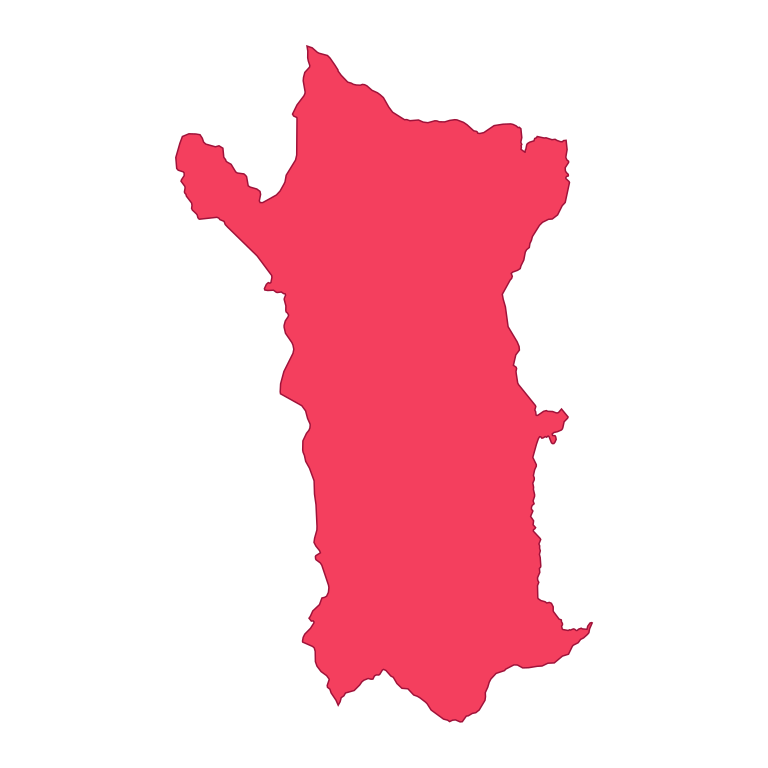 the district of Manatuto, Manatuto, East Timor
{"feature_id": "22284137B59851217666313", "entity_name": "Manatuto", "entity_type": "district", "adm_level": 2, "iso_a3": "TLS", "parent_name": "East Timor", "parent_adm1": "Manatuto", "projection": "robinson", "projection_center": [126.03, -8.608], "detail": "fine", "context": "isolated", "style": "filled", "palette": "rose", "viewbox_px": 768, "rotation_deg": 0, "n_neighbors": 0, "source": "geoboundaries", "source_scale": "gbopen_adm2", "svg_char_len": 6099}
<svg xmlns="http://www.w3.org/2000/svg" viewBox="0 0 768 768"><path d="M592.2,622.9L591.5,622.6L590.0,623.0L587.7,626.2L587.0,629.3L582.4,628.9L581.2,628.2L578.5,629.2L577.3,630.4L576.2,630.5L574.6,629.2L573.4,628.9L570.3,630.1L569.4,629.8L568.2,630.5L562.8,629.5L562.2,628.9L561.6,626.1L562.5,624.8L562.4,623.3L561.5,621.9L561.3,619.9L559.1,619.1L553.6,611.8L553.2,611.0L553.2,606.8L551.4,603.3L549.3,602.4L546.8,603.0L545.0,601.7L541.0,600.6L538.2,598.7L537.8,597.7L537.5,585.6L538.8,582.3L537.7,580.2L537.5,577.8L539.8,572.4L539.4,568.4L540.6,567.1L540.8,566.0L540.2,557.5L539.4,554.3L540.3,550.8L539.6,548.3L539.7,545.8L538.9,544.0L540.7,539.5L540.1,538.4L533.3,531.1L533.5,529.7L534.9,528.7L535.6,527.6L533.1,524.8L533.6,520.8L530.6,516.4L532.9,511.0L531.4,509.1L531.5,507.1L532.2,505.4L534.1,503.8L533.1,500.9L534.6,496.2L534.6,494.6L533.4,489.4L533.6,487.2L532.8,483.1L534.2,479.9L534.3,478.0L533.4,475.6L534.0,472.7L534.7,469.7L536.3,466.2L536.3,464.6L532.8,457.4L536.5,444.1L538.4,438.6L539.6,436.7L540.7,436.8L541.9,438.2L543.3,437.8L545.2,436.6L546.6,437.2L548.1,436.0L549.0,436.6L551.4,442.7L552.4,443.6L553.8,443.6L554.9,442.3L556.2,439.4L555.7,436.8L555.0,435.7L552.6,435.5L552.2,433.9L553.9,432.5L557.4,431.7L561.4,430.0L562.4,428.9L562.9,427.4L564.1,421.8L567.6,418.2L568.1,417.0L561.5,409.0L558.5,412.5L557.5,412.9L556.3,412.9L552.6,411.5L547.7,411.3L546.4,410.6L543.6,411.3L538.1,415.1L537.0,415.5L536.1,415.1L535.6,411.5L534.8,410.1L535.8,406.5L535.3,405.4L518.6,384.7L517.7,383.0L516.2,373.4L516.0,371.4L516.6,368.6L516.1,367.2L513.4,365.3L515.8,354.9L519.4,350.1L519.1,346.5L517.2,341.9L508.1,326.7L505.4,306.8L503.2,299.2L502.3,294.3L510.2,280.0L511.6,278.5L512.3,276.3L511.2,273.4L512.7,272.1L517.6,270.3L520.2,268.6L521.0,265.7L523.8,260.0L525.3,252.1L526.6,249.7L529.3,247.5L529.9,243.5L531.4,240.4L532.4,236.6L539.5,225.3L542.5,222.3L548.5,219.3L552.3,219.0L557.6,214.9L562.2,205.7L565.2,202.5L569.5,182.5L569.0,181.5L565.9,178.6L565.9,177.4L566.8,176.3L568.1,176.1L568.4,175.2L568.1,174.2L566.4,172.6L565.4,170.9L565.2,167.7L568.6,162.5L568.6,161.3L566.8,159.8L565.8,157.3L567.1,149.6L566.1,140.3L563.5,140.6L562.4,141.7L560.6,141.7L556.9,140.4L555.1,139.3L552.0,139.7L546.1,137.8L544.2,138.0L537.2,136.5L536.5,137.7L534.7,138.5L534.0,140.8L529.6,142.2L527.4,143.6L526.7,144.8L525.8,149.4L525.3,150.1L525.1,152.1L524.7,152.1L521.0,149.3L521.4,147.3L521.1,145.6L521.8,144.5L520.8,142.2L521.8,137.6L520.9,128.7L519.3,127.3L518.1,127.6L516.2,125.9L513.0,124.4L510.7,123.9L503.0,124.2L494.1,125.6L483.8,132.6L479.8,133.5L477.8,133.2L477.2,131.9L476.5,131.4L473.7,130.8L467.1,124.8L463.6,122.4L457.0,119.9L454.8,119.7L449.7,120.4L444.7,121.9L439.3,121.8L436.9,120.9L434.8,120.8L427.9,122.7L423.2,122.1L418.5,120.0L409.9,120.7L406.8,119.6L404.5,119.7L392.6,112.2L388.8,107.1L383.4,97.6L380.1,94.7L377.5,92.8L372.0,90.3L366.9,85.8L364.6,84.7L362.4,84.4L360.3,85.2L356.3,85.0L353.3,84.3L351.4,83.2L347.7,82.1L341.2,75.3L338.1,71.1L338.0,70.0L335.1,65.4L330.0,58.0L327.5,55.5L319.0,53.2L317.3,52.3L312.2,47.8L307.0,46.1L307.8,51.1L307.7,57.8L308.3,61.0L309.8,65.5L309.6,67.1L304.8,72.4L303.5,77.4L303.2,80.8L305.1,91.8L305.0,93.3L304.0,95.7L297.0,104.9L292.5,114.1L293.6,116.0L296.8,117.5L297.0,118.7L296.7,155.1L295.5,160.1L286.2,175.2L285.0,181.9L284.0,184.0L280.1,191.0L276.4,195.0L262.7,202.6L260.2,202.6L259.3,200.9L260.6,194.4L260.0,191.4L256.8,189.0L250.2,187.1L248.2,185.8L246.6,176.7L245.6,175.4L243.9,173.9L237.3,173.0L235.7,171.9L231.1,164.3L227.0,162.0L226.0,161.0L225.6,159.7L223.8,157.3L222.9,148.2L219.0,145.8L215.4,146.8L205.8,144.1L203.6,142.1L202.3,138.2L200.0,134.7L195.8,134.0L188.9,133.8L182.4,136.5L179.9,143.2L175.8,157.5L176.7,168.5L178.2,170.2L183.3,171.9L184.1,172.9L184.2,175.6L181.5,179.7L181.0,181.2L184.8,186.3L185.1,187.8L184.4,192.0L185.0,193.4L185.9,194.2L186.4,196.2L191.6,203.0L192.0,205.5L191.6,208.4L192.4,210.1L196.4,213.9L197.2,215.0L197.9,217.6L198.6,218.7L199.5,219.2L216.9,217.3L218.8,218.1L219.9,219.6L224.1,221.4L225.2,224.5L227.8,227.3L257.1,255.9L271.7,275.5L271.9,277.5L270.9,282.5L269.8,283.2L268.3,282.6L266.4,284.3L264.4,288.6L264.8,290.0L267.8,290.5L273.5,290.2L276.3,292.3L277.4,292.5L281.3,292.0L283.6,293.6L285.1,293.8L285.6,295.1L284.3,298.4L284.2,299.5L285.9,305.9L285.8,310.4L286.1,311.9L287.5,313.1L288.6,315.1L288.1,316.7L285.3,320.9L284.1,325.4L284.1,327.2L285.5,333.3L291.9,342.6L293.0,345.2L293.8,349.3L293.0,353.3L283.9,371.5L280.6,383.8L280.2,391.8L280.5,393.8L301.8,405.7L305.6,410.9L307.6,418.5L309.9,423.6L310.2,424.9L309.9,428.0L308.9,430.3L306.5,433.3L302.9,440.9L302.7,450.0L303.1,452.3L304.4,455.4L305.7,461.4L309.5,468.2L314.1,480.8L314.5,494.1L316.0,504.7L317.0,526.2L316.9,530.0L314.6,538.2L314.0,542.4L315.9,546.1L319.6,550.7L320.4,552.8L315.9,555.6L315.4,556.5L315.6,558.9L316.1,559.8L320.3,562.9L321.8,565.2L328.5,585.2L328.9,587.6L328.4,592.4L326.6,596.2L324.7,597.3L321.9,598.0L319.5,604.6L312.8,610.9L310.3,616.4L309.0,618.2L311.3,621.1L313.2,620.9L314.0,622.0L313.8,623.1L310.5,628.3L304.8,634.1L303.2,637.3L302.5,641.1L302.7,642.1L312.5,646.4L314.2,647.8L315.2,651.3L315.4,661.7L317.0,666.2L321.1,671.6L326.6,675.6L328.8,678.6L329.2,679.5L327.2,685.5L327.5,687.3L329.9,689.2L331.1,692.9L336.0,700.2L338.2,705.2L340.1,701.8L341.2,697.7L343.9,695.8L345.5,693.0L354.2,690.5L359.6,685.1L361.9,681.8L363.9,680.2L368.1,678.5L371.0,679.2L372.9,679.1L374.5,675.9L376.4,674.9L378.8,675.0L379.8,674.3L382.4,670.0L383.6,669.4L386.0,670.5L390.8,676.0L393.3,677.3L396.9,683.5L401.9,688.3L407.9,688.8L413.7,695.0L417.4,696.3L419.9,697.8L425.5,702.1L427.1,703.7L431.1,710.0L443.5,719.1L447.7,720.2L449.6,721.6L452.5,720.2L455.5,719.9L460.1,721.9L462.3,721.7L466.3,716.1L468.3,715.8L472.3,713.4L475.8,712.7L479.2,710.0L485.0,700.3L485.5,696.7L485.3,692.6L487.8,687.1L489.2,682.3L490.9,679.0L496.1,673.4L504.5,670.6L505.8,669.1L513.9,664.9L517.4,665.0L522.7,667.9L528.7,667.7L537.2,666.3L542.1,666.0L547.9,663.2L554.3,662.9L562.4,656.1L568.5,654.2L572.4,646.2L573.3,645.2L578.2,642.7L580.6,639.4L583.6,637.9L587.5,634.4L588.9,632.7L589.6,628.9L592.2,622.9Z" fill="#f43f5e" stroke="#9f1239" stroke-width="1.5"/></svg>